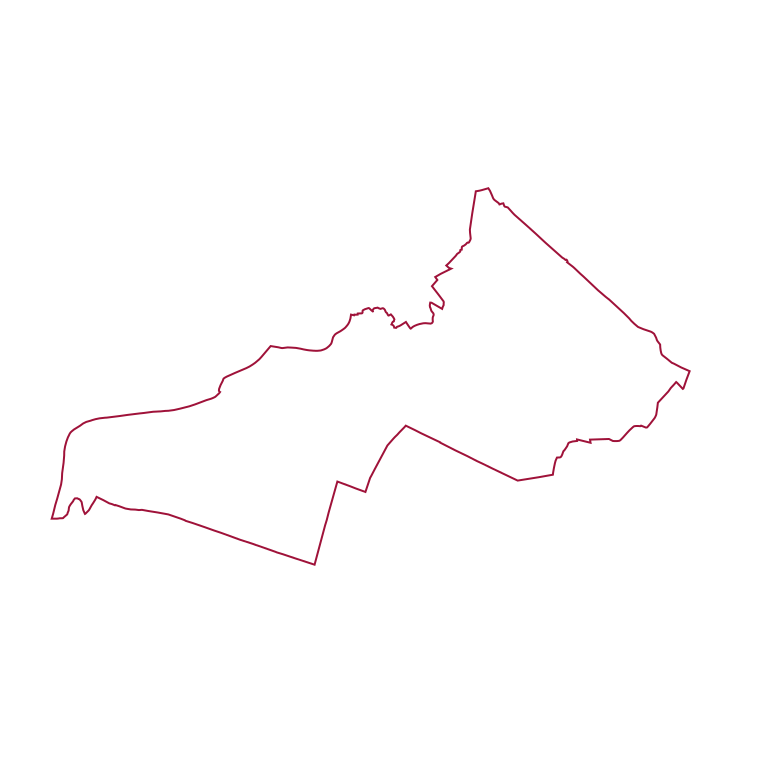 Huyen Cao Lanh, Ðong Tháp, Vietnam, rotated 105°
{"feature_id": "81297802B29684412204466", "entity_name": "Huyen Cao Lanh", "entity_type": "district", "adm_level": 2, "iso_a3": "VNM", "parent_name": "Vietnam", "parent_adm1": "Ðong Tháp", "projection": "mercator", "projection_center": [105.693, 10.483], "detail": "fine", "context": "isolated", "style": "outline", "palette": "rose", "viewbox_px": 768, "rotation_deg": 105, "n_neighbors": 0, "source": "geoboundaries", "source_scale": "gbopen_adm2", "svg_char_len": 6077}
<svg xmlns="http://www.w3.org/2000/svg" viewBox="0 0 768 768"><g transform="rotate(105 384 384)"><path d="M565.8,558.6L566.7,545.5L567.2,540.9L567.5,540.4L567.8,533.1L568.7,520.0L569.5,510.0L569.9,503.3L571.7,482.6L572.4,469.0L572.7,465.9L572.7,465.0L574.2,445.3L574.4,444.0L574.6,437.7L575.4,424.7L576.5,404.3L535.8,404.3L530.2,404.1L522.5,404.2L490.3,403.8L491.5,390.5L492.2,384.3L493.1,374.0L478.3,373.1L475.9,372.5L468.7,370.9L442.5,364.8L434.4,360.8L432.5,359.8L429.5,358.0L426.9,356.7L420.3,353.0L418.6,352.2L420.5,342.3L422.0,335.3L425.8,314.6L426.1,314.5L429.6,298.1L432.1,284.8L434.4,274.2L435.4,268.5L437.6,257.3L442.7,229.9L433.9,210.2L427.9,197.4L425.8,197.7L421.5,198.1L416.4,198.4L413.6,198.4L410.3,197.9L409.4,195.1L409.1,194.7L408.5,194.2L407.6,193.9L406.0,193.6L403.2,193.4L402.2,193.2L401.9,193.1L401.6,192.7L396.8,191.0L393.5,190.6L392.5,189.8L390.7,186.9L389.0,182.7L387.6,183.2L387.3,169.3L384.4,170.6L378.9,152.5L379.0,151.9L379.8,148.2L379.5,146.7L378.9,144.4L378.1,142.3L377.8,141.8L377.0,141.1L374.0,139.4L371.6,138.2L368.6,136.7L365.2,134.9L361.2,132.4L360.1,131.5L359.8,130.9L359.4,129.8L358.8,127.7L358.5,126.0L358.3,125.3L358.2,125.1L357.7,124.9L357.7,124.6L358.3,119.8L358.2,119.4L357.8,118.6L357.0,118.2L353.8,116.7L350.0,115.1L346.9,113.8L345.3,113.4L343.2,113.1L336.1,113.9L331.2,114.6L317.6,107.4L313.5,105.9L309.4,103.7L306.5,102.3L307.0,101.2L311.4,94.1L311.1,93.8L310.7,93.6L301.6,93.0L292.5,92.1L291.1,101.2L289.3,109.3L289.0,111.5L286.3,117.4L284.4,121.9L284.0,122.7L283.6,123.2L283.1,123.7L282.4,124.2L280.1,125.4L277.2,126.6L274.4,127.5L271.9,130.8L270.9,131.8L268.9,133.1L266.7,135.1L265.6,136.1L264.8,138.1L264.4,139.8L263.9,147.7L263.2,153.0L263.1,153.5L261.1,157.7L259.0,161.5L257.2,164.1L253.4,170.7L244.3,188.1L242.5,192.3L238.1,201.5L228.5,219.3L226.7,222.9L222.7,230.2L221.9,231.8L219.0,238.7L218.3,238.4L218.1,238.4L216.9,239.5L216.7,239.9L216.7,240.1L217.2,240.8L216.4,242.4L215.8,244.5L205.8,264.5L199.2,277.0L194.0,287.2L186.9,301.5L185.6,303.7L181.7,309.7L181.4,310.2L181.4,310.5L181.4,313.2L181.2,313.6L180.8,314.0L178.6,315.5L179.4,317.2L180.7,318.9L180.7,319.0L180.1,319.4L179.6,320.1L177.7,324.8L177.4,325.3L176.6,326.4L175.6,327.2L174.1,328.3L170.0,331.6L167.9,333.9L171.4,339.7L172.6,341.9L174.1,345.2L176.7,344.9L196.5,342.9L212.7,341.0L215.7,340.0L220.8,338.0L221.3,337.9L222.0,337.9L222.8,338.0L225.0,338.5L225.4,338.7L225.7,339.1L225.7,339.7L225.8,339.9L226.2,340.3L228.0,341.2L228.6,341.7L229.6,342.5L230.8,343.9L231.1,344.1L231.6,344.2L232.4,344.1L234.1,343.7L234.7,344.8L235.0,345.0L236.0,344.7L236.4,344.7L237.4,345.3L239.4,347.0L241.7,347.9L249.3,352.0L250.6,352.7L253.4,354.5L254.8,351.8L255.1,351.1L255.2,349.0L262.9,357.7L267.4,362.2L269.7,359.4L277.1,363.0L284.1,353.8L288.8,347.8L289.6,347.4L291.4,347.1L292.2,346.8L292.9,346.9L294.2,347.2L296.4,347.3L293.2,359.1L293.4,360.4L294.9,360.3L296.3,360.1L297.3,359.7L298.1,359.3L298.3,359.0L299.2,358.4L300.8,357.4L301.5,356.7L302.9,354.7L303.6,354.2L304.1,354.0L304.9,353.9L306.3,354.1L307.4,354.1L309.4,353.6L310.9,353.0L311.4,353.0L312.2,353.2L312.9,353.6L313.6,354.6L313.7,355.1L314.5,359.7L315.2,361.8L316.9,365.2L318.3,367.4L320.0,369.6L321.4,371.0L323.3,372.3L323.6,372.5L323.5,372.9L323.1,373.5L320.1,377.0L318.4,378.9L323.2,383.3L324.5,384.8L325.1,385.8L325.4,386.2L325.7,386.4L326.4,386.6L326.7,386.9L326.8,388.4L326.9,388.7L326.4,389.0L326.0,389.2L325.3,389.8L324.9,390.5L324.7,391.2L324.6,392.2L324.2,392.1L323.0,392.0L321.6,391.6L321.5,391.3L320.9,390.7L319.9,390.8L318.9,390.7L318.0,391.4L317.6,391.9L316.7,392.8L315.0,395.4L316.6,397.1L316.7,397.5L316.1,398.3L314.8,399.4L314.5,399.9L314.3,400.5L313.7,401.2L312.7,401.9L312.1,402.4L311.6,403.1L311.3,403.7L311.1,404.2L311.2,405.0L312.2,406.6L312.4,407.0L312.2,408.1L312.2,408.9L311.9,409.7L311.9,410.0L312.3,410.7L313.2,412.7L313.4,413.0L313.7,413.3L315.5,414.1L316.0,413.9L316.7,413.5L316.8,413.6L316.7,413.9L316.2,415.1L314.7,417.8L314.6,418.4L314.9,419.0L316.8,421.9L318.2,423.4L318.6,423.6L319.0,423.6L320.6,423.2L321.2,423.4L321.5,423.7L322.7,427.6L323.8,427.4L324.5,429.6L324.6,430.6L325.4,430.7L325.5,433.8L329.4,433.4L332.3,433.5L333.7,433.7L335.3,434.1L336.9,434.7L339.6,436.0L341.0,437.0L342.7,438.4L344.3,439.8L347.3,442.9L348.8,444.1L350.0,444.6L352.1,445.3L357.2,445.3L358.3,445.4L359.1,445.6L361.5,446.8L363.5,448.2L364.4,448.9L365.4,450.0L366.2,451.0L367.9,453.6L368.5,455.1L369.3,457.3L370.0,460.3L370.8,464.7L371.1,467.0L371.4,470.6L371.5,473.6L371.8,477.1L371.9,478.3L372.8,482.8L373.6,486.5L374.0,487.5L375.6,491.4L375.8,492.5L375.9,495.6L376.7,503.3L389.6,509.4L392.3,510.8L396.8,513.9L399.2,515.9L401.9,518.4L404.3,521.1L411.8,530.7L415.3,535.0L417.4,537.6L418.8,539.1L420.2,540.3L420.5,540.4L422.8,540.6L427.5,541.6L431.3,542.0L432.3,541.9L433.3,541.7L433.7,541.2L434.1,540.7L434.2,540.3L435.5,540.8L439.7,543.4L440.4,544.0L442.0,545.9L443.1,547.4L445.5,551.3L452.6,561.2L455.9,566.2L460.6,574.6L463.5,580.1L465.7,585.4L466.6,588.3L468.2,592.5L470.6,599.9L474.2,608.6L475.7,612.5L480.1,623.4L483.5,631.4L488.2,643.0L488.8,644.8L490.8,649.9L492.6,653.5L494.4,656.5L495.3,657.8L497.7,661.8L500.0,664.4L503.0,666.8L508.2,671.7L510.7,673.5L511.9,674.2L513.3,674.7L515.9,675.2L517.3,675.5L521.7,675.9L526.8,675.9L531.9,675.4L535.9,674.4L543.1,673.1L553.4,671.8L559.4,670.5L564.7,669.9L579.3,670.0L585.9,670.2L595.0,670.0L600.1,670.1L599.9,669.4L598.7,665.0L598.2,663.7L597.6,662.4L596.8,659.6L596.5,659.2L595.7,658.8L592.0,656.3L591.4,656.2L590.0,656.2L588.9,656.0L587.8,655.9L587.0,656.0L585.1,656.3L584.1,656.3L582.9,656.0L581.3,655.5L577.8,654.0L577.3,653.9L576.2,653.7L574.5,652.9L574.4,652.6L573.8,650.7L573.9,650.1L574.2,649.2L574.1,648.7L574.2,648.3L574.5,647.7L576.0,645.8L576.5,645.4L579.7,643.9L583.7,641.8L586.7,639.4L586.9,639.2L586.5,638.8L582.5,636.5L581.7,636.2L576.8,635.0L574.5,634.2L570.2,632.9L567.4,632.4L568.8,625.1L569.4,622.6L570.4,618.4L570.4,615.9L570.8,612.4L570.4,612.1L570.6,608.0L571.2,601.6L571.1,600.2L570.7,596.1L569.7,591.8L569.2,588.1L568.2,585.2L567.7,579.0L566.7,569.5L565.8,558.6Z" fill="none" stroke="#9f1239" stroke-width="2"/></g></svg>